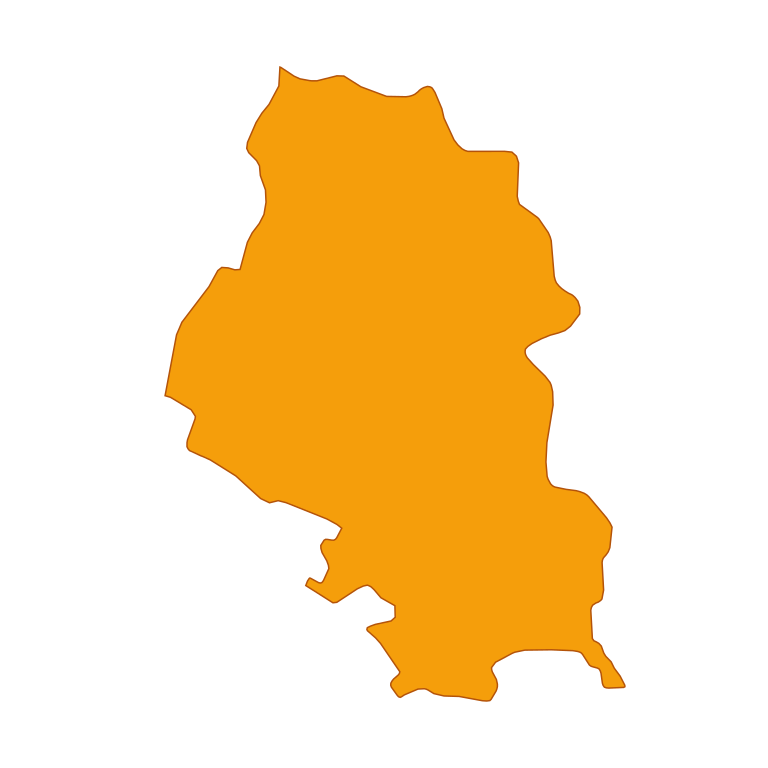 an SVG outline of Kabardin-Balkar, rotated 86°
{"feature_id": "RUS-2304", "entity_name": "Kabardin-Balkar", "entity_type": "Republic", "adm_level": 1, "iso_a3": "RUS", "parent_name": "Russia", "parent_adm1": "", "projection": "natural_earth1", "projection_center": [43.605, 43.443], "detail": "fine", "context": "isolated", "style": "filled", "palette": "amber", "viewbox_px": 768, "rotation_deg": 86, "n_neighbors": 0, "source": "natural_earth", "source_scale": "10m", "svg_char_len": 3311}
<svg xmlns="http://www.w3.org/2000/svg" viewBox="0 0 768 768"><g transform="rotate(86 384 384)"><path d="M139.4,504.5L133.4,503.3L114.3,493.4L105.3,486.9L97.1,479.2L79.4,468.1L60.6,465.7L61.0,464.8L70.6,452.3L73.7,446.6L76.1,437.3L76.5,435.2L76.9,429.8L73.3,409.5L74.0,402.5L85.9,386.3L97.3,361.3L99.0,342.1L98.8,339.0L98.4,336.8L97.8,334.7L97.0,332.8L94.8,329.6L93.5,328.2L92.2,326.2L91.1,323.8L90.2,320.0L90.7,317.6L91.7,315.7L93.3,314.6L96.7,312.8L113.4,307.1L123.0,305.6L145.4,297.1L150.6,293.7L154.8,289.8L156.7,286.9L157.8,284.1L160.3,247.6L161.6,240.2L166.0,236.0L172.8,234.3L206.1,238.0L210.9,237.3L214.3,236.3L228.5,219.4L229.9,218.1L244.4,209.6L248.9,208.0L252.7,207.2L288.2,206.7L292.2,206.0L295.1,205.0L298.4,202.7L301.3,200.0L303.9,196.9L306.3,193.6L308.0,190.5L309.1,189.2L311.0,187.4L314.9,184.8L321.2,183.3L327.8,183.9L339.3,193.9L343.3,199.8L345.2,206.4L346.9,214.9L349.8,223.7L353.9,233.5L356.5,237.8L358.9,240.4L360.8,240.9L362.3,241.0L364.1,240.8L365.9,240.2L367.8,239.3L374.9,233.8L387.4,222.7L394.0,218.3L396.9,217.3L403.5,216.3L416.8,216.8L453.9,225.6L473.1,227.9L487.5,227.7L490.6,226.9L495.2,224.8L497.1,223.2L498.3,221.5L498.8,220.4L501.8,209.7L503.8,199.8L504.9,196.5L507.0,191.9L508.8,189.4L510.7,187.6L533.1,171.3L538.5,168.2L542.7,166.5L563.0,170.1L567.0,172.0L570.1,174.5L572.1,176.6L573.3,177.6L575.1,178.4L577.4,178.9L604.9,179.3L613.7,181.6L615.0,182.9L616.5,185.4L617.3,188.0L619.2,191.3L621.4,192.7L624.1,193.5L652.5,193.9L654.8,192.5L656.0,190.3L657.7,187.8L660.6,185.5L667.8,183.5L671.2,181.7L677.0,176.8L683.6,174.1L691.9,168.8L701.3,164.8L702.8,164.8L703.4,166.1L703.0,181.0L702.6,183.4L701.8,185.3L700.0,186.4L697.8,187.0L687.6,187.7L685.3,188.3L683.4,189.2L682.3,190.8L680.8,195.1L680.0,197.1L678.7,198.7L667.9,204.6L666.2,205.8L665.1,207.4L664.3,209.5L663.2,214.1L660.8,235.6L659.3,262.1L660.7,272.3L661.6,274.9L669.3,292.1L674.4,296.5L676.7,296.5L678.8,296.0L686.6,292.5L691.3,291.8L693.8,292.0L696.1,292.7L698.1,293.6L706.0,299.1L707.2,300.5L707.4,303.7L706.8,308.0L700.9,330.9L699.4,345.9L696.3,355.9L692.4,361.3L691.4,363.1L690.8,365.1L690.7,371.4L695.5,385.3L697.3,388.5L697.7,389.7L697.0,391.3L695.5,392.5L686.9,397.8L684.9,398.3L682.9,398.0L680.6,396.5L678.9,394.9L675.3,390.1L673.8,388.8L672.1,388.3L642.5,405.6L636.7,410.1L628.9,417.8L627.6,418.2L625.9,417.6L624.6,414.4L623.2,409.5L620.9,393.5L617.5,389.1L605.9,388.6L597.0,402.0L588.4,408.3L585.5,411.0L584.4,412.7L583.5,414.6L584.1,418.7L586.4,424.8L598.5,446.3L598.7,450.2L579.6,476.1L575.3,474.1L572.8,472.2L572.4,471.6L572.6,470.9L577.6,463.1L578.1,461.4L577.8,459.9L576.6,458.7L575.3,457.8L564.3,451.9L561.0,452.1L556.4,453.4L547.9,457.5L543.6,458.4L540.6,458.3L535.7,454.7L534.9,453.1L535.1,451.2L536.1,447.0L536.3,444.9L535.5,443.2L534.1,441.9L524.9,436.2L520.7,440.9L514.6,450.5L495.5,490.1L493.0,497.7L494.5,506.5L489.7,515.0L465.3,538.3L447.6,562.6L443.7,569.8L442.8,571.8L436.8,582.7L435.0,584.0L432.8,584.9L428.8,584.6L426.0,583.9L405.6,574.9L403.1,574.4L396.3,578.1L382.4,597.9L380.4,603.2L320.4,587.5L314.4,584.4L308.3,581.3L274.7,551.8L259.3,541.9L256.4,537.7L257.3,531.4L259.7,524.8L259.7,519.6L233.1,510.4L224.0,504.9L215.2,497.2L206.5,491.9L194.5,489.0L182.1,488.7L167.5,492.8L157.7,493.0L152.3,495.5L143.8,502.8L139.4,504.5Z" fill="#f59e0b" stroke="#b45309" stroke-width="1.5"/></g></svg>